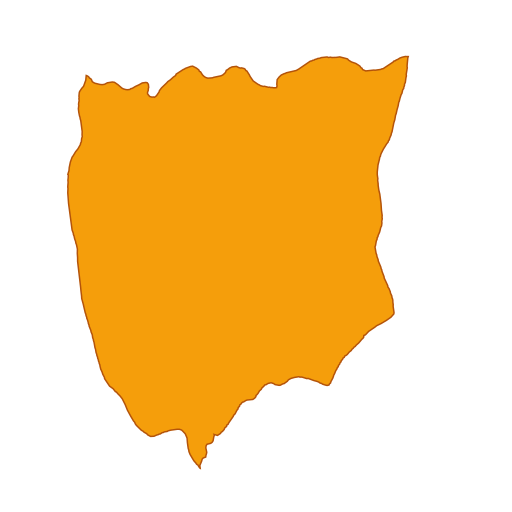 the district of Cidade De Nampula, Nampula, Mozambique, rotated 352°
{"feature_id": "85939544B70859422468328", "entity_name": "Cidade De Nampula", "entity_type": "district", "adm_level": 2, "iso_a3": "MOZ", "parent_name": "Mozambique", "parent_adm1": "Nampula", "projection": "equal_earth", "projection_center": [39.268, -15.115], "detail": "fine", "context": "isolated", "style": "filled", "palette": "amber", "viewbox_px": 512, "rotation_deg": 352, "n_neighbors": 0, "source": "geoboundaries", "source_scale": "gbopen_adm2", "svg_char_len": 5914}
<svg xmlns="http://www.w3.org/2000/svg" viewBox="0 0 512 512"><g transform="rotate(352 256 256)"><path d="M77.7,177.8L77.5,204.7L78.2,207.8L78.2,209.5L78.6,210.9L78.8,213.7L79.4,216.6L79.4,218.1L79.8,219.8L80.1,224.3L79.4,228.6L79.1,232.8L78.6,236.5L78.0,262.0L77.8,266.5L77.7,271.4L77.5,273.9L78.2,279.3L79.0,288.4L79.4,290.1L79.4,291.5L79.8,292.9L79.8,294.3L80.2,295.6L80.6,298.4L80.6,299.7L81.0,300.9L81.0,302.3L82.1,306.8L82.1,308.1L82.9,311.2L82.9,314.2L83.3,315.9L83.3,317.2L83.6,318.8L83.8,324.5L84.1,325.8L84.2,329.3L84.6,331.2L84.6,332.6L85.0,333.8L85.0,335.2L85.4,336.7L85.4,338.1L85.8,339.4L85.8,340.6L86.2,342.0L86.2,343.4L86.5,346.4L87.4,349.3L87.8,351.7L89.0,355.1L89.0,356.4L92.9,364.5L96.1,367.6L97.9,370.8L98.9,371.3L99.8,372.9L101.9,375.7L103.7,378.8L105.8,385.0L107.2,390.7L109.6,397.1L111.7,402.2L112.7,403.7L113.1,405.4L114.0,407.1L118.2,412.6L119.7,413.7L120.6,414.9L123.0,416.7L123.8,418.0L126.5,420.0L129.9,420.3L133.0,419.4L134.0,419.4L135.3,418.9L136.4,418.9L138.5,417.9L139.6,417.9L140.8,417.4L143.6,417.4L144.7,416.9L147.3,416.6L153.7,416.6L156.0,416.9L158.1,418.0L159.0,419.1L161.2,422.2L162.4,426.7L162.1,431.3L162.1,437.1L162.4,438.9L162.4,440.4L163.1,443.3L165.6,449.3L166.4,450.9L167.4,452.2L168.2,453.9L169.5,455.1L169.9,456.3L170.8,458.1L171.2,458.4L171.2,455.7L173.6,451.6L174.4,449.7L175.6,448.7L178.2,448.1L178.7,446.4L179.4,445.0L179.9,443.5L179.6,439.0L180.2,436.9L181.3,435.6L185.1,435.2L186.6,434.4L187.8,433.0L189.1,429.0L189.9,427.6L189.7,426.9L192.9,428.3L196.1,426.8L197.0,425.7L198.3,425.1L200.3,423.4L201.2,421.8L203.1,420.7L203.5,419.4L204.9,418.8L205.8,417.4L211.0,411.8L211.8,410.5L213.3,409.4L215.6,406.1L216.7,405.2L217.4,403.5L218.7,402.6L219.2,401.2L220.4,400.6L221.4,399.5L222.4,398.8L223.4,398.8L225.8,397.7L227.1,397.4L232.9,397.6L234.9,396.6L236.3,395.3L236.6,394.1L237.7,393.4L238.9,392.3L240.7,390.0L242.6,388.8L243.5,387.5L245.7,386.0L246.7,384.9L247.9,384.9L250.1,383.9L253.3,383.6L255.7,384.8L257.0,386.0L260.9,387.3L262.2,387.3L264.8,386.3L266.0,386.3L269.6,384.4L270.9,383.1L273.6,382.1L277.2,381.6L281.7,381.5L282.7,382.1L283.8,382.1L285.3,382.6L289.3,384.5L290.6,384.5L296.0,387.4L298.4,388.4L300.5,389.5L301.7,390.7L303.1,391.3L304.3,392.3L306.6,393.4L308.4,394.1L310.3,393.9L311.1,392.7L312.1,392.2L312.7,390.8L315.0,387.7L315.9,386.0L316.4,384.8L317.4,383.5L319.1,380.5L320.1,379.5L321.0,377.9L322.0,377.1L322.5,375.8L323.8,374.7L324.3,373.5L325.4,372.7L326.0,371.3L327.2,370.6L327.9,369.3L329.3,368.6L330.0,367.4L331.5,366.9L332.7,366.2L335.1,364.0L337.1,362.9L338.2,361.6L339.3,361.0L340.4,359.9L341.6,359.4L343.0,358.1L345.5,356.5L349.3,353.1L350.2,352.6L351.3,351.5L351.7,349.7L353.4,349.3L357.1,346.3L364.0,342.9L365.8,341.8L370.5,340.3L376.6,337.7L381.1,335.4L384.4,332.6L384.8,331.2L384.8,324.8L385.1,323.3L385.1,320.7L385.3,319.2L385.3,317.7L384.9,316.2L384.9,314.4L384.0,311.4L384.0,310.0L383.6,308.5L383.2,306.8L382.3,305.0L382.3,303.6L379.9,295.7L379.9,294.2L378.6,288.5L378.6,287.2L378.1,285.8L378.1,284.5L376.4,278.0L376.4,276.5L375.7,273.3L375.7,271.6L375.3,270.1L375.1,263.5L375.8,262.3L377.2,257.9L378.2,256.3L378.6,254.6L379.4,253.9L379.8,252.6L381.7,249.6L382.5,247.7L383.5,245.1L384.5,243.7L385.3,240.8L385.3,239.4L386.2,236.7L386.2,235.3L386.6,233.3L386.6,228.3L387.1,221.3L387.2,211.9L386.8,207.8L386.8,203.1L387.0,201.4L387.0,197.8L387.4,196.6L387.4,192.4L387.8,189.6L389.5,182.8L391.8,177.1L392.2,175.6L393.1,174.5L393.5,173.2L394.3,171.8L397.0,167.9L401.2,162.9L402.6,161.7L403.2,160.3L404.2,159.5L404.7,158.0L406.6,155.0L407.1,153.5L408.0,151.9L411.0,143.3L412.4,140.4L413.8,136.0L414.6,134.6L416.0,130.8L417.7,127.0L418.7,123.8L419.5,122.5L420.5,119.9L422.2,116.4L423.1,115.3L424.5,111.7L425.5,110.8L425.9,109.3L426.7,108.0L427.0,106.4L428.0,105.0L429.3,100.3L430.0,98.6L430.0,97.1L432.0,90.7L432.0,89.2L432.4,87.3L433.9,81.0L434.5,79.7L431.5,79.2L428.3,79.5L426.0,80.0L423.8,81.0L421.9,81.5L420.9,82.1L419.8,82.1L418.6,83.1L407.9,88.2L406.7,88.2L405.3,88.6L399.7,88.6L398.7,88.3L390.4,88.0L387.5,86.2L387.1,84.8L386.2,84.2L385.3,82.4L384.1,81.3L381.6,79.2L377.5,77.1L374.9,74.9L374.1,73.6L372.8,73.0L366.7,70.5L363.3,70.5L358.7,70.0L357.6,69.5L355.3,69.5L354.1,68.8L348.1,68.6L347.0,69.0L344.5,69.0L343.1,69.5L341.9,69.5L340.7,70.1L339.4,70.1L338.2,70.6L336.9,70.6L324.2,76.9L321.6,77.9L311.4,78.8L310.4,79.3L309.4,79.3L306.2,80.3L303.8,82.0L301.5,84.3L300.5,88.8L300.5,90.6L299.8,92.1L298.5,92.1L296.6,91.8L295.2,91.3L294.2,91.3L293.0,90.7L291.9,90.7L288.0,89.1L286.8,89.1L284.1,87.9L282.8,86.8L281.9,86.3L277.6,82.3L275.1,77.3L274.7,75.9L272.7,71.5L271.7,70.9L271.3,69.6L270.3,68.7L267.9,67.7L266.6,67.7L265.3,67.1L263.0,65.5L258.6,65.4L256.0,66.2L253.8,67.5L252.4,68.0L251.6,69.6L250.6,70.6L248.1,72.2L246.3,72.7L238.8,73.2L237.8,73.5L233.1,73.2L231.0,72.2L229.6,71.0L228.2,69.2L226.7,65.9L225.7,65.3L225.2,63.7L223.0,61.5L219.7,59.2L217.6,59.2L212.0,60.4L211.1,61.0L210.1,61.1L202.2,64.8L201.5,66.1L199.1,67.3L195.6,69.7L193.0,71.0L191.6,72.2L185.8,76.4L183.4,78.8L182.9,80.0L179.7,83.5L177.5,84.7L176.5,84.2L175.1,84.2L172.9,83.2L171.2,80.4L171.4,78.7L172.3,77.1L172.7,75.2L173.2,74.1L173.3,71.0L172.4,69.3L171.1,68.8L167.4,68.8L163.9,70.2L160.2,71.3L156.7,72.8L155.5,72.8L154.3,73.5L152.1,73.5L150.3,73.1L148.0,72.1L146.5,71.0L143.1,67.1L140.0,64.3L137.9,63.7L132.9,63.8L129.9,64.9L127.5,64.9L125.3,64.4L120.3,62.4L118.1,60.6L117.8,59.0L117.0,57.4L115.9,56.7L115.2,55.2L113.9,54.1L113.0,53.6L111.9,58.2L108.9,63.9L106.8,65.7L104.2,68.6L103.7,69.7L102.9,73.1L102.9,74.3L102.5,75.7L102.5,77.6L101.9,79.1L101.4,81.0L101.4,82.4L100.6,85.4L100.5,88.9L100.7,92.8L101.0,94.2L101.0,95.7L101.3,97.6L101.2,108.5L100.6,111.9L100.6,113.5L99.7,115.4L98.9,118.7L98.0,119.9L97.6,121.2L94.5,125.2L91.9,127.6L88.9,131.3L87.7,132.5L85.3,137.0L83.4,142.3L82.7,145.4L81.0,149.0L81.4,149.6L80.9,152.4L80.3,154.8L80.2,156.8L79.2,161.5L79.2,162.9L78.4,167.3L77.7,177.8Z" fill="#f59e0b" stroke="#b45309" stroke-width="1.5"/></g></svg>